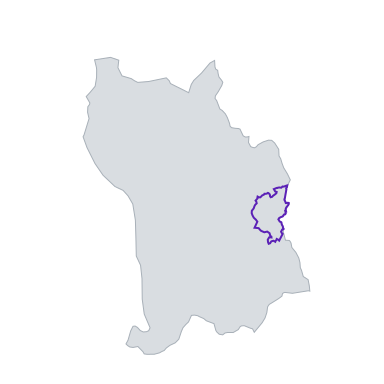 where Smolyan sits in Bulgaria, rotated 257°
{"feature_id": "BGR-2236", "entity_name": "Smolyan", "entity_type": "Province", "adm_level": 1, "iso_a3": "BGR", "parent_name": "Bulgaria", "parent_adm1": "", "projection": "mercator", "projection_center": [24.659, 41.628], "detail": "fine", "context": "in_parent", "style": "outline", "palette": "violet", "viewbox_px": 384, "rotation_deg": 257, "n_neighbors": 0, "source": "natural_earth", "source_scale": "10m", "svg_char_len": 3892}
<svg xmlns="http://www.w3.org/2000/svg" viewBox="0 0 384 384"><g transform="rotate(257 192 192)"><path d="M315.1,243.6L308.6,242.5L306.3,242.8L304.8,244.4L301.8,244.1L298.1,244.1L294.1,246.0L292.0,246.7L289.1,245.0L283.7,240.0L280.4,236.4L277.9,235.5L275.5,236.6L266.7,237.8L264.6,239.8L260.6,242.1L256.5,243.2L250.6,244.0L247.6,243.9L245.8,245.0L244.4,248.3L243.4,251.5L242.5,252.9L235.2,254.5L233.6,256.3L233.2,258.2L233.3,260.0L227.5,258.2L223.0,259.4L222.0,260.8L221.0,262.8L221.6,264.9L223.2,267.0L224.8,272.6L225.3,278.2L224.4,281.3L221.1,283.6L214.1,286.1L207.5,284.9L204.5,285.9L199.6,286.2L195.0,286.8L188.0,289.1L181.7,290.5L176.0,285.8L169.3,282.6L162.2,280.8L159.7,282.1L158.6,283.2L152.7,279.1L150.1,277.6L148.8,276.1L146.3,270.6L144.8,270.4L140.0,272.4L135.3,272.3L132.4,272.0L124.0,272.2L122.9,275.9L121.8,276.5L120.0,277.0L115.5,276.8L109.8,279.6L103.7,281.2L98.9,281.3L93.9,280.5L91.0,281.1L84.6,281.4L80.5,285.4L74.2,285.2L68.9,284.5L69.6,283.2L70.7,267.1L73.3,259.9L73.2,258.5L72.6,257.3L70.3,256.2L68.6,252.3L65.1,242.0L63.2,239.9L57.7,237.8L52.8,234.8L48.8,230.9L41.3,221.1L45.1,220.2L46.2,218.2L50.0,212.8L50.4,210.2L50.0,208.7L47.5,206.1L45.8,200.5L47.1,195.2L47.2,192.5L45.9,189.8L47.3,186.5L50.0,184.7L51.7,184.1L58.8,183.8L63.3,177.0L66.1,174.9L68.9,171.1L70.2,169.7L71.5,166.7L71.9,163.7L66.2,159.4L64.3,156.2L61.8,152.7L58.4,150.2L51.5,146.0L48.8,141.7L47.6,136.1L45.8,131.9L43.8,129.2L43.4,126.9L42.6,124.2L42.4,118.8L44.0,111.6L45.0,109.0L47.4,108.3L53.6,104.5L53.8,99.6L55.0,96.5L56.9,94.7L58.8,93.5L62.1,96.4L70.4,101.0L74.4,104.3L74.2,106.4L72.3,108.4L68.7,110.4L66.6,113.0L66.1,116.3L66.6,118.6L69.1,120.6L83.8,118.0L98.8,119.4L118.9,123.8L132.2,125.4L142.1,123.3L160.3,127.1L177.3,130.5L193.6,131.6L202.7,128.8L209.1,125.2L214.6,118.2L228.3,109.1L241.5,103.9L258.8,99.7L270.3,98.3L272.0,99.7L286.7,108.2L293.2,108.2L298.5,109.7L300.4,111.9L301.8,112.5L308.8,110.4L311.9,115.0L316.8,121.4L325.1,124.8L332.5,126.6L334.9,126.9L342.7,126.8L341.5,142.9L336.9,150.3L329.8,147.8L320.9,149.9L316.1,158.4L313.4,160.9L311.0,163.8L309.4,174.7L309.0,192.6L305.6,194.8L302.5,195.4L289.5,211.1L297.0,215.5L300.3,218.8L305.8,228.1L313.6,238.5L315.1,243.6Z" fill="#d9dde1" stroke="#a8b0b8" stroke-width="1"/><path d="M135.6,273.0L135.1,272.8L135.0,272.5L135.2,271.9L135.1,271.4L134.2,270.7L133.4,269.9L132.5,270.0L131.6,270.4L130.8,270.9L125.0,266.0L126.3,265.1L127.2,264.0L125.9,263.1L125.5,262.3L124.8,261.9L126.2,260.4L126.1,258.3L125.4,257.4L124.5,256.6L124.3,255.1L126.1,254.8L128.5,255.1L130.4,256.9L130.2,258.1L129.8,259.2L130.7,259.3L131.6,258.4L134.4,258.3L136.5,256.4L136.5,253.4L138.6,250.6L140.0,249.7L141.8,248.8L142.5,246.7L143.1,244.9L148.4,249.0L150.7,248.0L153.1,246.4L155.6,245.7L158.0,245.4L160.3,246.1L162.1,248.4L164.2,249.7L165.4,250.8L166.4,252.5L168.0,252.5L169.3,252.0L171.1,254.5L172.0,254.5L172.8,254.9L172.0,255.8L171.4,257.1L171.9,258.2L172.8,259.4L173.3,261.6L174.0,262.2L173.6,263.5L173.7,265.0L174.1,265.6L173.9,266.1L172.7,267.0L171.4,267.3L170.3,267.1L169.2,267.5L169.3,269.0L170.1,270.1L170.9,272.1L171.8,273.9L173.0,274.5L173.8,273.2L176.4,272.4L176.9,275.4L176.7,276.2L176.9,276.8L176.7,278.4L176.1,279.9L176.5,280.7L177.0,281.4L176.8,282.0L176.6,282.6L177.0,285.7L177.0,286.3L175.2,285.5L175.0,285.3L174.6,284.6L174.2,284.5L173.4,284.6L165.6,281.3L164.1,280.4L163.4,280.3L162.9,280.4L161.9,280.7L160.1,280.9L159.9,281.7L160.0,282.8L159.6,283.8L158.7,283.7L157.6,282.8L156.0,280.7L155.0,279.8L154.2,279.4L153.2,279.3L152.1,279.3L152.4,278.6L150.7,278.6L150.0,278.5L149.3,277.8L149.3,277.6L149.4,276.8L149.3,276.5L149.2,276.3L148.7,276.0L148.5,275.8L148.3,275.4L148.0,275.2L147.8,274.9L147.7,274.4L147.5,272.6L146.9,270.9L145.9,270.0L144.5,270.5L143.5,270.8L142.5,272.2L141.8,272.3L140.7,272.2L140.0,272.2L138.4,272.7L137.9,272.8L136.6,272.6L136.2,272.7L135.9,272.9L135.6,273.0Z" fill="none" stroke="#5b21b6" stroke-width="2"/></g></svg>